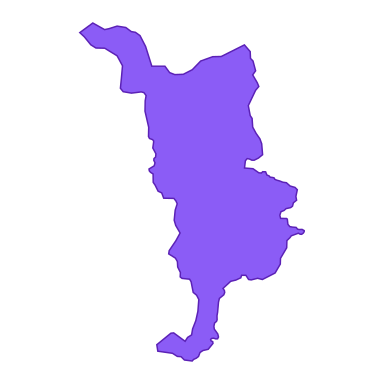 outline of Bria, Haute-Kotto, Central African Republic
{"feature_id": "33826404B18938631147464", "entity_name": "Bria", "entity_type": "district", "adm_level": 2, "iso_a3": "CAF", "parent_name": "Central African Republic", "parent_adm1": "Haute-Kotto", "projection": "mercator", "projection_center": [22.039, 6.617], "detail": "fine", "context": "isolated", "style": "filled", "palette": "violet", "viewbox_px": 384, "rotation_deg": 0, "n_neighbors": 0, "source": "geoboundaries", "source_scale": "gbopen_adm2", "svg_char_len": 2581}
<svg xmlns="http://www.w3.org/2000/svg" viewBox="0 0 384 384"><path d="M262.6,154.7L261.7,143.8L259.9,138.8L256.1,133.4L252.7,127.1L252.1,118.4L250.2,115.6L248.3,105.6L255.6,90.3L258.8,86.5L257.3,82.8L252.7,74.9L255.6,70.8L253.0,61.0L250.5,58.4L250.2,51.6L244.4,44.9L221.2,56.5L212.7,56.7L200.7,61.0L192.3,69.7L183.3,74.3L174.8,74.6L169.6,72.6L164.9,66.2L151.8,66.2L145.6,46.5L140.0,35.6L135.4,32.3L131.3,31.6L125.8,27.5L117.1,26.1L108.9,28.7L104.6,29.6L92.8,23.0L79.8,32.6L84.3,36.8L90.8,44.8L95.9,48.0L104.7,48.2L117.1,55.8L122.5,65.8L121.4,78.2L120.4,88.3L123.2,91.7L131.4,93.1L135.8,92.6L141.2,91.9L143.9,92.6L146.1,95.6L145.2,100.7L145.0,111.2L145.9,115.1L148.7,127.3L148.5,136.5L149.5,138.5L152.5,139.6L153.6,140.8L153.6,142.2L152.8,148.0L155.9,153.8L155.6,157.1L154.0,158.5L153.8,160.3L155.0,162.8L154.2,165.8L149.0,169.0L149.3,170.9L150.5,172.3L153.1,174.0L153.2,182.3L155.2,185.3L158.1,191.2L161.7,192.9L163.7,198.2L173.9,198.4L176.0,201.1L177.2,203.8L175.2,210.1L174.2,220.2L175.7,225.4L180.1,233.0L175.9,240.7L169.2,250.6L168.7,253.9L175.4,258.1L177.4,261.6L177.7,267.0L180.4,272.5L180.2,276.9L182.0,278.4L189.6,279.2L191.1,281.7L193.2,292.4L196.6,295.2L198.8,299.5L198.7,300.7L197.9,311.3L195.8,320.7L192.6,328.9L191.6,334.9L187.6,337.4L185.1,341.3L173.7,332.9L170.9,333.2L156.8,344.7L157.8,351.2L172.5,353.3L177.3,356.4L181.1,356.7L184.4,360.0L192.2,361.0L193.6,359.4L196.3,358.2L198.5,356.5L200.0,352.5L203.0,350.5L208.2,349.3L213.0,343.4L212.7,341.6L211.0,340.8L210.6,339.4L211.7,338.4L213.6,338.2L215.8,338.9L217.6,338.8L218.5,337.0L217.8,334.0L214.3,329.1L213.9,326.3L214.6,323.0L216.5,321.4L217.1,319.8L217.0,315.7L217.6,312.3L218.5,302.1L219.4,298.4L223.8,294.8L224.7,292.5L224.4,290.5L223.0,288.4L230.7,281.3L235.8,280.1L240.8,277.8L241.6,275.3L245.9,275.3L248.6,279.5L251.2,279.9L257.6,278.3L262.4,279.5L275.1,273.0L280.3,264.1L280.5,258.3L286.7,247.8L286.9,240.6L290.0,237.6L291.3,235.8L298.4,233.2L300.1,234.2L301.7,234.3L303.4,233.0L304.2,231.6L304.2,230.6L302.1,229.4L299.2,229.5L297.6,229.2L296.1,227.4L292.5,227.1L289.8,226.6L287.9,224.3L287.3,219.1L286.5,218.5L280.6,218.4L279.8,215.2L281.0,211.7L284.0,210.5L286.1,208.6L290.7,207.6L292.5,206.2L293.4,202.8L296.6,200.2L295.9,196.5L297.3,189.7L295.0,187.4L290.1,186.0L286.4,182.7L282.8,182.2L279.8,181.0L276.6,180.1L274.8,179.3L274.0,177.8L272.1,177.4L270.2,177.2L269.1,175.9L266.9,175.0L265.6,171.8L262.7,171.7L261.4,173.0L258.8,172.8L253.0,168.7L244.5,168.0L245.4,160.7L247.2,158.6L249.4,159.0L251.9,160.2L254.2,160.2L258.4,158.1L262.6,154.7Z" fill="#8b5cf6" stroke="#5b21b6" stroke-width="1.5"/></svg>